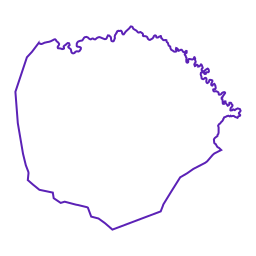 San Juan Bautista Atatlahuca, Oaxaca, Mexico (Albers equal-area conic projection)
{"feature_id": "50627088B89810270526717", "entity_name": "San Juan Bautista Atatlahuca", "entity_type": "district", "adm_level": 2, "iso_a3": "MEX", "parent_name": "Mexico", "parent_adm1": "Oaxaca", "projection": "albers", "projection_center": [-96.715, 17.584], "detail": "fine", "context": "isolated", "style": "outline", "palette": "violet", "viewbox_px": 256, "rotation_deg": 0, "n_neighbors": 0, "source": "geoboundaries", "source_scale": "gbopen_adm2", "svg_char_len": 5611}
<svg xmlns="http://www.w3.org/2000/svg" viewBox="0 0 256 256"><path d="M17.8,123.1L23.0,153.7L25.8,165.2L28.1,171.2L28.4,172.2L28.5,173.2L27.8,180.1L33.1,184.7L39.4,189.8L52.8,192.6L53.7,198.2L60.7,202.9L64.7,201.7L76.1,204.7L77.9,205.0L87.0,207.2L87.9,207.7L91.2,216.6L98.5,218.5L105.0,223.2L112.4,229.6L160.7,211.4L162.9,205.8L163.3,204.5L171.1,191.8L180.2,177.3L187.1,173.3L193.4,168.9L205.2,162.8L207.1,161.4L212.6,155.0L214.3,153.5L221.2,150.0L219.0,147.9L217.5,147.1L216.4,145.4L215.9,144.3L214.5,143.3L214.3,143.0L214.2,142.5L213.9,139.5L214.0,139.2L214.8,138.0L216.1,137.0L217.4,136.1L217.6,134.8L218.3,133.9L218.6,132.5L218.6,127.9L218.6,127.3L218.1,125.8L218.9,124.3L220.1,123.5L221.4,121.8L222.2,121.2L223.2,119.6L223.3,118.9L223.6,118.7L224.1,117.4L226.0,116.7L226.7,116.2L227.4,116.1L228.2,115.7L229.8,116.4L230.6,115.8L230.8,116.1L231.3,116.3L232.4,116.0L233.4,115.9L234.2,116.2L235.1,116.9L237.5,117.8L238.3,116.4L239.7,115.9L240.1,115.6L240.2,115.1L239.9,114.6L238.9,113.7L238.9,113.3L239.0,112.8L240.0,111.8L240.6,110.8L239.9,109.1L237.7,108.4L235.3,109.6L234.9,110.1L234.4,110.1L233.4,109.4L232.8,109.5L232.3,110.2L232.0,110.3L230.7,110.5L230.4,110.3L230.4,109.8L230.5,109.0L230.7,108.1L231.2,107.4L231.9,106.8L232.3,106.2L232.5,105.7L232.5,105.2L232.3,104.8L231.8,104.5L231.6,104.2L231.3,103.2L230.9,102.8L230.2,102.7L229.4,102.8L229.1,104.8L228.5,105.4L227.7,105.7L227.3,105.0L225.7,103.1L225.5,101.4L225.0,101.3L224.5,101.5L223.9,102.1L223.7,103.0L223.8,103.9L223.4,103.9L222.9,103.7L222.7,103.1L222.7,102.0L222.4,99.2L222.2,99.0L221.7,98.9L221.6,98.3L221.6,97.9L221.8,97.4L222.5,97.1L223.0,96.0L223.6,95.2L224.2,94.4L225.1,93.1L225.1,92.7L224.9,92.4L224.6,92.2L224.1,92.1L222.8,92.5L222.0,93.0L221.3,94.0L220.8,94.4L219.6,94.7L219.1,94.7L218.8,94.4L218.6,93.0L218.3,92.3L217.7,91.9L216.2,91.2L215.7,91.2L214.9,91.4L214.0,91.4L213.3,90.7L213.2,89.5L213.9,89.2L215.3,89.0L215.6,88.4L215.7,87.6L215.3,85.5L214.5,84.0L214.3,83.8L214.1,83.9L213.0,84.6L212.4,85.6L212.1,85.6L211.6,85.3L211.3,85.0L211.2,84.6L211.2,84.1L211.4,83.4L212.4,81.4L212.4,80.8L212.3,80.4L211.6,80.1L210.7,79.9L209.7,79.9L209.4,80.2L208.8,82.0L208.5,82.3L207.4,83.1L206.9,82.9L206.6,82.5L206.3,81.8L206.3,81.1L206.5,79.5L206.4,78.7L206.2,78.2L205.7,77.9L205.2,77.9L204.7,78.1L203.6,79.1L203.2,79.2L202.4,79.0L201.7,78.5L201.5,77.9L201.5,76.8L200.7,74.5L200.9,72.9L201.0,72.7L201.3,72.5L202.7,72.3L204.2,72.4L204.2,73.5L204.8,74.0L205.6,73.9L205.9,73.7L205.8,72.9L206.4,72.3L208.3,72.2L208.9,71.6L208.8,70.1L208.3,69.1L207.7,68.6L206.5,69.2L204.3,70.9L204.0,71.6L202.8,71.1L201.8,70.5L201.6,69.6L201.8,68.8L202.4,68.3L202.7,67.8L202.6,67.3L201.8,65.2L201.5,64.7L201.2,64.4L200.9,64.4L200.3,65.5L199.4,66.3L198.7,66.5L198.2,66.6L198.1,65.7L197.1,64.8L196.5,64.7L196.2,65.2L195.5,65.9L194.9,66.1L194.5,65.1L194.3,64.5L194.7,63.4L195.3,62.6L195.7,61.9L195.0,59.6L195.2,58.7L194.7,57.5L194.5,57.2L194.2,57.3L193.8,58.3L193.4,59.0L192.7,59.4L192.2,59.5L189.6,59.0L188.8,59.1L188.4,59.5L188.2,60.3L188.3,61.2L188.1,62.3L187.3,62.7L186.7,62.4L186.4,61.9L186.3,61.3L186.3,59.6L186.5,58.3L186.5,57.8L185.9,57.0L185.7,55.9L184.9,54.9L184.7,54.3L185.3,53.6L185.7,53.4L186.6,52.8L186.7,51.8L186.6,51.0L186.1,50.9L185.4,51.5L185.1,51.9L184.7,52.2L184.4,52.3L183.6,52.1L183.1,51.8L182.3,50.6L181.7,49.8L181.0,49.7L178.7,50.8L178.4,50.5L178.1,49.6L177.7,49.0L176.8,48.2L176.2,48.0L175.9,49.1L175.9,49.5L176.3,50.2L176.7,50.6L176.6,51.0L176.3,51.4L175.3,51.7L174.6,51.7L173.9,51.5L172.7,50.6L171.3,49.8L170.8,49.0L170.4,48.1L170.2,46.5L168.7,45.6L167.8,42.8L166.8,42.0L166.5,41.1L166.4,40.2L165.8,40.0L163.8,40.2L163.2,40.0L162.4,39.2L162.0,38.5L161.3,38.1L161.0,36.3L160.8,36.0L160.6,36.0L160.4,36.1L159.9,36.5L159.2,36.6L158.4,37.3L157.7,37.5L156.8,37.5L156.4,37.3L156.1,36.0L155.6,35.5L155.3,35.4L154.9,35.4L154.1,35.9L153.7,36.4L153.6,37.0L152.6,38.4L150.0,39.9L149.4,39.9L149.0,39.7L147.8,38.7L147.4,37.4L146.9,36.8L146.1,36.4L144.8,36.1L143.8,36.2L143.2,36.0L142.9,35.6L143.0,34.5L142.7,33.6L142.2,33.1L141.8,33.0L141.1,32.4L140.3,32.0L139.1,32.5L138.3,32.5L137.7,32.1L136.5,30.7L133.6,29.0L133.2,28.6L132.5,27.0L132.3,26.8L130.9,26.4L130.7,26.5L129.2,28.4L125.7,31.6L123.8,34.3L123.1,34.4L122.3,33.6L121.9,31.8L121.3,30.9L120.9,30.7L120.6,30.7L120.2,30.9L118.4,31.0L118.2,30.8L117.2,31.3L116.9,31.9L116.9,32.4L116.8,32.6L116.5,32.7L115.6,34.4L115.1,35.0L114.7,36.5L114.9,38.1L113.8,40.9L113.2,41.3L112.4,41.3L111.6,41.0L111.2,40.0L110.9,37.5L110.6,36.9L109.1,35.5L107.9,35.4L107.8,35.6L107.9,35.9L107.0,37.2L106.6,38.4L105.9,39.0L105.2,39.1L104.6,39.1L103.8,38.8L101.3,37.8L100.5,37.4L99.2,37.1L98.8,37.2L97.6,37.6L97.2,37.8L95.5,39.2L95.1,39.4L94.0,39.2L93.2,38.6L92.3,38.5L90.9,39.3L90.3,39.3L89.5,38.9L89.0,38.6L87.9,37.5L86.5,36.9L84.8,37.2L84.1,37.7L82.9,39.6L82.3,40.4L81.2,40.7L80.2,40.8L78.3,41.5L77.7,42.0L76.8,43.4L76.7,45.0L76.7,45.9L76.9,46.3L77.6,46.7L78.8,46.8L80.0,47.1L80.7,47.6L80.9,47.9L80.8,49.1L79.6,50.9L78.6,51.5L76.8,51.3L76.3,51.4L75.2,52.0L74.6,52.9L73.6,53.3L72.8,53.3L72.0,52.9L71.5,52.3L71.2,51.1L71.0,49.9L70.7,49.2L70.1,48.7L68.6,47.6L68.3,47.1L68.3,46.5L69.6,45.2L69.6,44.9L69.1,43.3L67.9,43.0L67.5,43.2L66.3,44.1L66.2,44.4L65.5,44.9L64.3,45.7L63.7,46.4L63.6,47.0L64.0,47.8L64.0,48.1L64.0,48.5L63.3,48.9L62.1,49.1L61.5,48.8L60.0,48.4L58.6,48.3L58.0,48.2L57.7,47.6L57.8,46.5L58.7,45.4L59.1,44.4L59.1,43.8L58.1,42.4L57.3,41.8L56.5,41.1L55.9,40.0L55.1,39.3L54.3,39.4L52.8,40.2L50.8,41.2L49.0,41.8L47.2,42.1L45.1,42.6L44.8,42.6L43.7,43.1L42.9,43.5L41.6,44.0L40.4,43.9L39.8,43.4L39.1,43.5L38.5,43.4L38.5,43.2L32.0,51.8L26.9,57.3L15.4,91.8L17.8,123.1Z" fill="none" stroke="#5b21b6" stroke-width="2"/></svg>